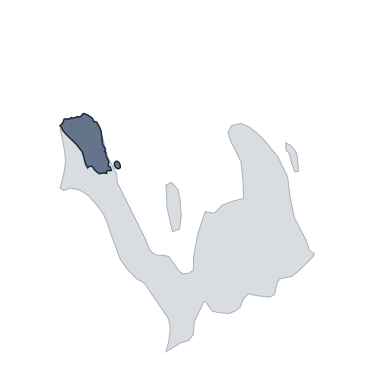 Haiti, with Grand'Anse highlighted, rotated 57°
{"feature_id": "HTI-1359", "entity_name": "Grand'Anse", "entity_type": "Department", "adm_level": 1, "iso_a3": "HTI", "parent_name": "Haiti", "parent_adm1": "", "projection": "robinson", "projection_center": [-74.06, 18.515], "detail": "fine", "context": "in_parent", "style": "filled", "palette": "slate", "viewbox_px": 384, "rotation_deg": 57, "n_neighbors": 0, "source": "natural_earth", "source_scale": "10m", "svg_char_len": 2542}
<svg xmlns="http://www.w3.org/2000/svg" viewBox="0 0 384 384"><g transform="rotate(57 192 192)"><path d="M310.3,123.0L312.3,126.2L316.6,147.5L317.1,154.4L312.9,164.7L313.5,168.8L322.6,178.3L322.8,181.7L321.8,185.2L314.0,194.2L308.0,200.4L309.9,207.5L314.8,214.2L315.4,219.9L314.0,227.3L306.5,236.6L302.7,239.9L291.6,240.3L290.3,241.6L295.9,250.6L302.2,260.8L312.4,268.8L314.7,276.2L312.3,283.3L311.9,300.8L304.1,292.3L295.5,285.2L290.3,282.5L285.0,280.7L244.1,281.6L239.5,282.8L236.0,285.1L232.1,286.3L220.9,288.4L209.7,288.8L183.6,283.1L173.3,280.2L162.9,278.3L150.9,278.9L139.0,280.7L129.5,284.8L122.4,292.0L121.0,298.8L116.8,300.5L107.2,289.8L98.4,282.1L88.3,276.4L67.6,268.3L63.9,263.3L62.2,257.3L70.5,238.8L80.0,235.4L85.3,234.7L97.0,237.0L108.4,241.2L118.9,244.0L135.0,245.1L143.8,249.6L205.9,256.7L217.7,258.9L222.3,258.1L226.3,255.3L229.6,250.3L233.5,246.6L251.9,245.8L255.7,244.1L258.4,238.9L258.3,233.4L247.5,226.2L230.5,210.2L215.6,191.5L222.0,185.1L219.5,173.6L221.9,162.8L225.5,152.3L210.7,143.3L193.3,134.4L169.1,131.6L161.7,129.3L157.8,122.6L161.3,113.5L169.1,108.5L178.1,105.5L187.3,103.3L209.4,100.8L231.4,103.6L250.5,112.9L269.8,120.2L294.2,122.6L305.2,125.3L310.3,123.0ZM216.3,222.6L214.6,230.0L191.1,221.2L172.0,210.0L172.8,203.9L182.5,202.5L191.9,206.2L205.7,213.7L216.3,222.6ZM228.9,89.2L232.7,91.6L231.3,94.6L222.0,92.8L212.4,89.4L209.2,90.2L207.3,89.8L201.7,86.6L206.6,84.1L211.7,83.2L217.3,83.4L228.9,89.2Z" fill="#d9dde1" stroke="#a8b0b8" stroke-width="1"/><path d="M64.5,266.7L64.4,266.3L64.2,264.2L63.6,262.8L61.2,259.4L64.4,254.3L64.1,253.9L63.7,252.9L65.4,251.6L66.5,246.7L67.8,245.6L68.1,245.0L67.9,243.8L67.6,242.5L67.2,241.6L67.0,240.5L67.7,239.5L70.8,237.5L74.9,235.7L76.6,235.4L78.8,236.0L79.7,235.9L80.1,235.1L80.6,234.3L81.6,234.0L82.7,233.9L87.8,234.3L91.5,235.1L103.5,241.0L108.8,241.2L109.0,241.4L109.6,242.1L109.8,242.4L110.0,243.2L110.5,243.1L111.1,242.8L111.7,242.7L114.4,244.2L115.6,244.7L119.7,244.9L120.7,245.1L121.8,245.6L123.7,247.4L124.3,247.8L125.3,247.9L125.7,247.6L126.0,247.2L126.5,247.0L127.5,247.2L128.6,247.8L129.4,247.8L130.0,247.5L130.2,247.3L129.5,249.1L127.9,251.1L128.3,252.6L129.8,253.3L127.8,255.9L126.1,259.9L123.2,260.9L120.2,261.7L118.1,261.7L116.0,261.8L114.7,263.9L114.9,266.4L110.5,266.0L106.1,264.6L102.3,263.2L98.4,262.2L89.0,263.0L79.8,265.1L74.8,266.2L69.7,266.8L67.1,266.3L64.9,266.5L64.5,266.7ZM125.0,238.4L127.1,237.2L130.2,237.5L132.5,238.9L132.5,241.2L130.4,242.6L127.4,242.6L125.2,241.2L125.0,238.4Z" fill="#64748b" stroke="#1e293b" stroke-width="1.5"/></g></svg>